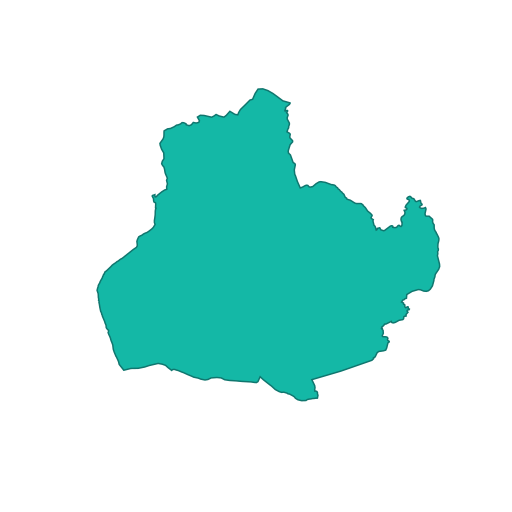 Siguiri, Siguiri, Guinea, rotated 61°
{"feature_id": "49546643B83328532988272", "entity_name": "Siguiri", "entity_type": "district", "adm_level": 2, "iso_a3": "GIN", "parent_name": "Guinea", "parent_adm1": "Siguiri", "projection": "mercator", "projection_center": [-9.454, 11.68], "detail": "fine", "context": "isolated", "style": "filled", "palette": "teal", "viewbox_px": 512, "rotation_deg": 61, "n_neighbors": 0, "source": "geoboundaries", "source_scale": "gbopen_adm2", "svg_char_len": 6106}
<svg xmlns="http://www.w3.org/2000/svg" viewBox="0 0 512 512"><g transform="rotate(61 256 256)"><path d="M155.1,312.5L155.8,314.5L155.5,315.5L154.4,315.3L153.3,314.7L153.2,315.7L152.9,316.6L153.0,317.5L153.5,317.8L155.6,317.8L156.7,318.1L157.4,318.5L158.5,318.9L159.5,319.0L160.6,318.1L161.9,318.5L164.3,320.0L165.1,320.5L165.7,320.2L166.0,320.8L167.7,322.2L171.1,324.2L173.7,326.1L175.6,327.6L177.4,328.6L179.5,329.0L181.2,331.9L181.8,333.9L182.4,337.6L182.6,340.0L182.3,341.8L182.2,343.7L182.5,345.8L182.3,347.8L182.4,349.3L184.2,351.8L185.5,353.1L187.7,354.0L188.8,354.5L189.8,355.2L190.5,356.5L190.8,360.1L193.2,374.3L193.1,375.4L193.2,376.9L193.6,378.8L193.5,380.2L193.9,382.1L194.0,383.9L194.3,386.2L194.9,387.9L196.3,393.2L196.6,394.5L196.6,395.6L198.3,397.8L198.2,398.2L199.2,399.3L199.6,400.0L200.8,401.3L202.0,403.4L203.0,404.9L203.6,405.5L205.2,408.1L206.5,409.1L207.2,410.0L208.2,410.9L208.9,411.6L210.3,411.9L212.1,412.2L213.3,412.7L215.9,414.0L217.6,414.5L218.4,415.2L219.1,415.1L220.4,415.6L220.7,416.0L221.5,416.1L225.0,417.4L229.2,418.7L230.7,418.7L232.3,419.2L233.4,419.2L234.1,419.5L239.8,420.1L241.6,420.5L243.8,420.7L246.0,421.7L246.8,421.7L248.2,421.5L249.5,421.0L250.8,421.8L251.3,422.5L253.5,422.8L255.4,422.9L257.6,423.2L258.5,423.5L260.1,423.8L261.3,423.9L264.4,424.4L268.3,426.0L269.2,426.2L271.4,426.6L275.9,427.1L276.5,427.0L280.7,427.3L282.0,427.5L284.5,428.2L291.8,427.0L293.7,419.9L297.1,413.5L299.1,407.2L300.0,402.5L302.5,393.7L305.1,390.5L307.8,388.1L310.8,387.1L315.2,385.2L314.9,384.2L315.0,383.7L315.3,382.9L315.9,382.0L317.0,381.1L318.1,379.9L319.0,379.1L321.6,377.1L322.8,376.0L326.6,373.2L330.1,370.4L331.7,369.3L334.8,365.7L336.9,364.0L339.7,360.7L340.7,357.9L340.9,354.3L343.3,349.1L345.7,345.6L349.0,343.4L352.0,339.5L355.5,334.0L358.8,329.2L363.7,321.4L365.8,318.7L366.9,317.0L366.8,315.2L363.6,310.9L367.9,309.5L375.5,306.3L377.2,305.5L382.1,303.9L385.8,301.5L387.7,299.7L388.5,297.8L390.9,295.4L392.1,294.8L393.0,293.6L396.1,291.6L397.9,290.7L399.5,290.5L402.0,289.1L404.6,286.3L406.6,282.4L406.4,280.8L406.9,279.0L407.6,277.3L408.1,275.6L408.8,274.2L409.3,272.7L410.1,271.2L407.8,269.3L406.4,269.1L405.4,268.5L404.1,268.4L403.2,269.1L402.8,270.0L401.4,269.5L399.7,268.2L397.8,267.5L391.2,267.1L397.8,237.6L403.4,205.2L402.8,202.9L402.1,202.7L402.0,200.7L399.4,197.1L399.0,195.0L400.7,190.5L401.2,188.2L399.8,186.3L396.0,182.8L395.7,181.1L395.1,180.9L393.7,181.7L392.9,181.6L392.0,180.6L390.9,180.5L389.7,181.5L388.3,183.8L387.7,184.4L386.9,184.2L385.3,182.1L382.6,180.9L380.4,181.3L380.5,180.7L379.2,180.6L378.7,177.9L377.9,176.7L378.5,175.3L378.8,169.4L379.8,169.5L380.4,169.2L381.2,168.1L381.6,166.2L381.6,162.0L382.8,158.5L382.5,157.4L380.8,156.1L380.7,155.4L381.3,153.9L379.8,153.0L378.9,150.4L377.3,150.6L376.8,150.0L376.8,149.4L377.2,148.2L376.8,147.6L375.6,148.2L374.4,147.6L373.8,148.2L373.9,150.0L373.4,150.3L372.5,150.4L371.0,149.6L370.6,149.6L369.8,150.3L368.6,149.8L366.8,151.0L365.7,148.8L366.0,147.8L365.6,146.8L365.9,144.9L362.8,142.8L362.6,136.6L364.0,130.4L365.2,128.6L368.0,126.3L369.5,124.1L370.0,122.0L369.5,119.6L367.7,116.2L363.7,112.3L362.9,111.9L360.9,109.6L359.6,108.7L358.7,107.6L356.2,102.7L354.3,100.5L352.0,99.4L343.7,97.2L342.2,95.9L340.1,95.0L339.5,93.9L338.3,93.1L337.2,93.0L335.7,92.3L333.5,90.9L331.3,88.8L329.7,87.7L328.2,87.3L324.2,87.1L323.9,87.3L322.8,87.0L320.1,87.2L318.1,86.7L315.1,85.1L313.1,85.3L311.1,84.7L310.3,84.0L309.4,83.8L305.1,85.3L303.8,87.7L303.1,88.2L302.2,88.1L301.0,87.7L297.3,84.5L295.8,84.3L295.6,85.9L294.7,88.0L293.7,89.0L292.5,89.3L291.9,88.4L291.7,85.9L290.9,85.7L289.8,86.1L287.1,85.3L286.7,86.2L286.2,89.3L285.6,90.0L282.4,90.2L281.0,91.6L279.0,92.0L278.4,92.5L278.1,94.1L278.6,96.0L279.4,96.2L280.9,95.0L281.9,95.0L282.6,95.5L284.2,99.9L285.5,101.7L286.0,101.9L287.3,101.0L288.0,101.1L288.4,101.8L288.4,102.7L287.9,104.3L290.0,104.5L291.5,105.6L292.2,106.9L292.4,109.1L292.8,110.2L294.0,111.3L294.9,111.7L296.9,112.1L297.3,111.8L299.8,113.4L300.3,114.1L300.5,114.9L300.0,115.4L298.9,115.7L298.4,116.2L298.3,117.0L299.0,118.9L299.0,119.7L298.1,121.5L297.2,122.5L296.4,121.9L295.7,122.2L295.2,122.9L295.0,124.1L296.0,131.2L295.8,132.1L293.7,134.1L291.3,134.1L290.7,136.4L291.6,137.4L291.6,138.3L288.8,137.6L287.6,137.5L286.4,137.9L281.9,136.7L281.1,135.8L279.1,136.9L278.2,136.8L277.0,134.9L276.4,134.7L274.2,135.2L270.8,136.6L266.7,136.9L264.2,137.7L263.1,137.7L261.3,138.5L260.8,139.1L258.9,142.6L257.8,143.8L252.9,146.5L250.4,148.9L249.3,148.7L248.0,149.5L244.6,149.2L242.8,149.9L241.6,150.0L240.6,150.6L238.2,151.0L237.4,151.6L235.9,151.6L234.4,152.4L233.1,152.5L232.1,153.0L230.8,154.4L230.2,155.4L225.2,159.7L222.4,163.3L221.8,164.9L221.9,168.4L222.8,172.7L222.0,175.3L221.1,176.1L219.5,176.4L218.7,177.2L218.3,178.6L218.3,181.9L217.9,184.3L211.0,183.7L204.4,182.5L203.6,182.6L199.3,180.8L195.3,177.4L194.1,177.2L192.2,178.2L184.3,176.9L181.7,177.7L180.9,177.3L180.4,177.3L179.1,176.3L175.2,172.2L173.9,168.6L172.8,168.1L169.3,169.0L168.3,168.8L166.0,167.0L164.9,167.2L162.4,168.7L160.3,166.4L159.8,165.4L158.4,164.5L157.2,163.1L156.0,162.4L151.4,162.3L150.1,161.6L148.3,159.6L147.1,159.4L145.5,159.8L144.8,158.3L144.2,157.9L143.7,158.2L143.4,160.2L142.6,160.1L141.5,158.6L140.7,158.4L140.2,157.2L139.6,153.3L139.1,152.3L138.6,152.0L133.3,157.3L127.3,160.0L122.3,162.3L117.1,165.4L113.1,169.0L111.0,173.3L113.4,177.9L117.3,183.0L116.7,185.7L118.4,191.5L120.3,198.5L122.1,201.6L123.7,203.5L121.9,205.8L116.8,208.7L118.6,213.8L119.0,216.7L115.7,220.3L112.9,222.3L113.2,225.0L113.1,227.5L107.9,233.3L105.9,236.5L106.1,239.9L110.3,239.9L111.4,241.3L110.7,243.9L108.8,246.1L109.9,248.9L109.6,251.3L107.4,253.4L106.4,253.1L104.4,254.6L103.5,256.0L103.9,258.0L103.6,260.4L103.0,262.1L103.3,264.8L103.0,268.9L101.9,271.8L102.0,274.5L101.9,275.5L102.7,276.2L105.7,277.9L107.3,279.0L108.6,280.6L110.9,285.4L112.7,286.1L116.8,286.8L121.1,286.7L126.3,289.3L127.7,292.0L129.6,293.8L131.5,293.8L133.8,293.4L136.0,294.0L138.8,295.0L140.1,295.3L145.0,295.8L146.4,297.5L150.0,298.5L152.1,300.6L154.4,301.7L154.0,303.8L154.2,307.2L155.1,312.5Z" fill="#14b8a6" stroke="#0f766e" stroke-width="1.5"/></g></svg>